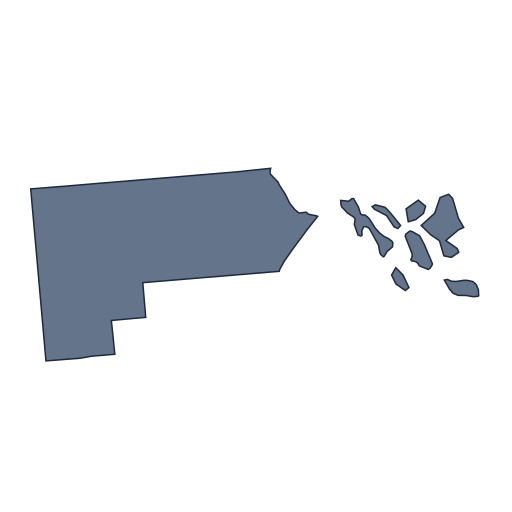 Ashland, Wisconsin, United States of America, rotated 85°
{"feature_id": "52423323B43219981502704", "entity_name": "Ashland", "entity_type": "district", "adm_level": 2, "iso_a3": "USA", "parent_name": "United States of America", "parent_adm1": "Wisconsin", "projection": "albers", "projection_center": [-90.631, 46.529], "detail": "fine", "context": "isolated", "style": "filled", "palette": "slate", "viewbox_px": 512, "rotation_deg": 85, "n_neighbors": 0, "source": "geoboundaries", "source_scale": "gbopen_adm2", "svg_char_len": 1926}
<svg xmlns="http://www.w3.org/2000/svg" viewBox="0 0 512 512"><g transform="rotate(85 256 256)"><path d="M342.2,474.4L342.5,439.9L341.5,428.4L341.6,405.2L307.6,405.7L307.5,371.2L272.7,371.1L273.3,234.2L271.0,233.3L263.3,228.0L251.9,218.4L233.6,202.2L221.9,191.1L221.3,192.0L219.0,200.1L216.7,202.1L217.0,209.4L212.9,213.5L206.2,217.9L196.8,221.5L186.3,227.1L184.7,227.3L175.8,234.4L174.6,234.7L172.3,234.5L169.9,233.7L170.5,266.8L169.9,405.4L169.8,439.9L169.5,474.6L238.3,474.5L342.2,474.4ZM211.3,58.7L213.8,67.5L229.0,74.3L240.0,88.8L250.2,80.0L256.8,71.9L272.2,68.8L274.4,61.5L270.0,53.7L266.1,54.9L257.1,65.5L247.6,52.0L245.7,46.6L235.8,51.1L215.8,55.1L211.3,58.7ZM207.2,154.1L207.3,155.6L209.5,158.9L208.0,166.8L212.7,166.9L214.8,166.1L221.4,160.9L225.6,155.4L227.7,154.0L233.1,155.3L243.9,152.6L245.2,150.4L245.0,149.1L244.4,148.5L240.3,148.4L236.1,146.2L236.7,142.9L238.7,140.6L255.7,133.1L263.7,132.3L265.4,131.6L267.9,129.3L267.6,128.4L262.9,125.0L258.8,119.2L255.0,118.5L253.4,119.1L250.2,122.5L247.7,126.7L243.9,130.8L238.9,134.6L228.8,139.9L226.5,141.8L224.6,144.0L224.4,146.4L223.2,148.1L216.2,149.7L207.5,153.7L207.2,154.1ZM245.3,98.2L244.5,100.6L247.4,105.0L249.3,105.6L267.8,100.2L271.1,100.8L272.2,101.6L273.3,102.1L274.2,101.6L274.7,101.0L274.8,99.1L275.8,97.2L277.0,95.7L280.1,94.1L284.4,85.6L283.5,83.8L280.3,81.3L278.8,81.0L259.1,87.4L250.1,91.2L245.3,98.2ZM296.0,67.4L296.4,70.5L305.8,66.1L310.2,63.1L312.8,58.2L313.7,49.8L315.3,44.1L315.6,41.3L315.4,38.1L315.0,37.6L309.0,37.4L303.6,39.1L300.4,42.1L298.8,47.1L298.3,50.8L298.8,58.8L298.2,63.3L296.0,67.4ZM221.2,82.7L214.5,89.5L222.1,102.4L235.2,101.3L233.7,93.7L228.1,85.4L221.2,82.7ZM279.8,117.8L286.8,122.6L296.0,119.1L303.4,110.3L300.8,106.4L287.7,111.2L279.8,117.8ZM215.4,132.6L216.9,136.0L219.8,133.9L227.1,122.4L239.0,115.9L241.0,112.3L238.2,109.3L224.0,118.9L218.7,123.2L215.4,132.6Z" fill="#64748b" stroke="#1e293b" stroke-width="1.5"/></g></svg>